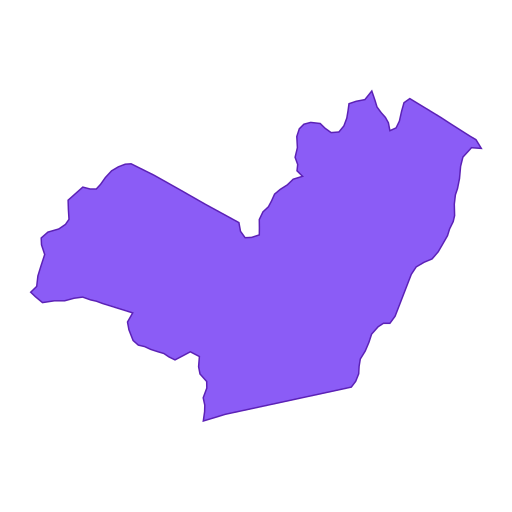 the district of Barro Preto, Bahia, Brazil
{"feature_id": "56859067B30588354925121", "entity_name": "Barro Preto", "entity_type": "district", "adm_level": 2, "iso_a3": "BRA", "parent_name": "Brazil", "parent_adm1": "Bahia", "projection": "orthographic", "projection_center": [-39.447, -14.775], "detail": "fine", "context": "isolated", "style": "filled", "palette": "violet", "viewbox_px": 512, "rotation_deg": 0, "n_neighbors": 0, "source": "geoboundaries", "source_scale": "gbopen_adm2", "svg_char_len": 1772}
<svg xmlns="http://www.w3.org/2000/svg" viewBox="0 0 512 512"><path d="M481.3,148.4L476.0,139.7L469.9,136.1L461.4,130.7L449.0,122.8L440.9,117.5L409.8,98.6L404.0,102.7L401.6,111.2L399.4,121.1L396.1,127.9L389.9,130.7L388.4,122.8L385.4,117.4L381.2,112.7L377.0,107.0L375.0,100.4L371.8,91.0L364.9,99.6L356.1,101.3L349.0,103.7L348.0,111.0L346.8,118.1L343.9,125.9L338.9,132.0L331.1,132.6L325.0,128.2L320.2,123.5L310.7,122.4L303.9,124.2L299.3,128.8L296.8,136.5L297.4,147.7L295.1,157.3L297.7,164.5L297.0,170.8L302.6,176.3L293.2,179.2L287.3,184.9L280.2,189.4L274.6,194.1L271.5,201.0L268.4,206.8L263.0,211.8L259.3,219.5L259.4,228.3L259.3,234.9L251.6,237.4L245.1,237.7L240.5,231.3L238.9,222.6L205.2,204.2L179.1,189.3L154.2,175.3L131.1,163.8L125.2,164.2L118.4,166.8L111.6,170.8L105.4,177.5L100.6,184.3L96.3,189.0L90.1,189.0L82.8,187.1L74.6,194.4L68.1,200.2L68.4,209.6L69.0,219.3L65.5,224.4L58.7,229.0L47.9,232.1L41.2,238.0L41.5,244.8L44.7,254.5L40.8,266.5L37.9,275.9L36.7,286.4L30.7,292.2L35.4,296.7L42.5,302.6L54.3,300.8L64.6,300.8L74.2,298.2L82.7,297.1L90.6,299.9L96.4,301.2L102.6,303.5L132.7,312.9L127.5,322.0L128.9,329.7L133.1,340.5L138.3,345.1L144.7,346.6L150.7,349.4L158.1,351.8L163.9,353.5L168.9,356.9L175.0,359.9L182.8,355.8L190.3,351.8L199.4,356.5L198.6,366.7L200.0,374.0L206.7,381.5L206.8,388.1L203.2,397.8L204.8,405.2L204.6,411.7L203.3,421.0L225.3,414.3L351.3,387.1L355.7,381.3L358.7,373.8L359.1,366.3L360.3,359.0L365.2,351.1L368.9,342.4L371.6,334.1L378.2,326.7L383.4,323.3L389.9,323.3L395.1,316.2L411.3,274.3L416.2,266.9L424.0,262.3L432.1,258.9L438.2,251.8L442.9,243.7L447.5,235.7L449.6,228.9L453.2,221.6L454.6,215.6L454.3,204.2L455.4,194.8L457.5,188.6L459.5,178.6L460.6,166.3L462.9,157.1L471.5,147.7L481.3,148.4Z" fill="#8b5cf6" stroke="#5b21b6" stroke-width="1.5"/></svg>